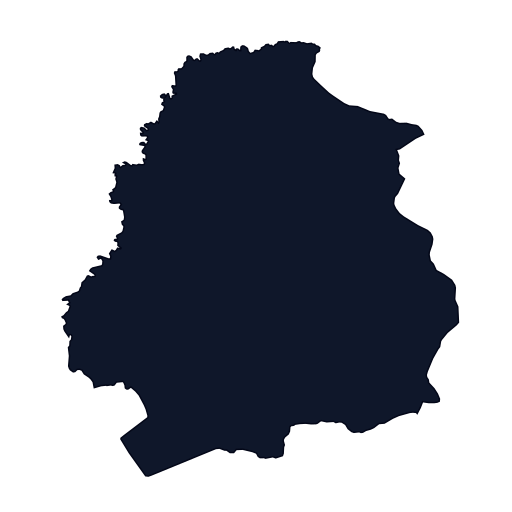 the district of Gemena, Équateur, Democratic Republic of the Congo, rotated 356°
{"feature_id": "63176286B43464771754704", "entity_name": "Gemena", "entity_type": "district", "adm_level": 2, "iso_a3": "COD", "parent_name": "Democratic Republic of the Congo", "parent_adm1": "Équateur", "projection": "mercator", "projection_center": [19.592, 3.435], "detail": "fine", "context": "isolated", "style": "filled", "palette": "ink", "viewbox_px": 512, "rotation_deg": 356, "n_neighbors": 0, "source": "geoboundaries", "source_scale": "gbopen_adm2", "svg_char_len": 5971}
<svg xmlns="http://www.w3.org/2000/svg" viewBox="0 0 512 512"><g transform="rotate(356 256 256)"><path d="M171.2,105.6L170.4,106.7L169.7,110.3L168.6,112.5L168.7,115.2L167.9,116.5L166.5,114.6L164.6,116.9L163.5,117.3L160.5,115.4L157.8,116.8L156.1,116.4L154.1,117.3L153.9,118.1L154.3,118.8L157.2,121.1L157.5,122.0L156.9,123.1L155.5,123.3L153.3,120.7L150.5,119.9L149.7,120.6L149.7,121.9L152.2,124.9L151.8,125.9L149.5,125.6L149.5,127.2L150.5,128.2L155.2,128.4L156.3,129.4L155.9,130.8L154.5,132.4L156.6,133.3L156.7,134.1L154.7,137.0L153.4,136.9L152.0,135.0L150.1,134.9L148.6,135.4L147.9,136.3L148.1,136.8L152.1,137.8L152.9,138.4L153.0,139.5L150.1,143.0L149.8,144.2L150.6,145.5L152.9,146.6L153.4,147.8L153.2,151.5L152.2,152.1L150.5,151.3L150.4,152.7L151.4,155.4L150.8,156.9L148.6,157.1L145.4,156.4L143.4,157.2L139.4,156.3L138.5,157.5L137.2,157.2L133.2,153.7L131.6,153.1L130.4,153.6L132.7,155.0L132.8,155.7L132.0,156.5L129.4,156.7L127.2,158.3L126.5,158.0L125.9,156.4L124.3,155.4L121.8,155.6L121.8,158.7L119.6,162.9L121.7,163.4L121.9,164.0L121.1,165.2L121.2,166.2L122.4,166.2L122.6,166.8L121.7,169.4L122.5,172.7L120.8,178.0L117.9,180.0L118.6,181.3L118.1,182.0L115.6,182.8L114.1,183.9L115.4,186.4L116.2,189.5L116.0,190.7L114.0,190.6L114.1,191.6L115.3,192.9L118.0,193.5L123.9,193.4L125.2,195.2L123.2,197.7L123.2,198.8L124.8,200.1L126.5,200.3L127.2,201.9L127.8,208.0L127.3,210.5L126.7,211.4L124.6,212.5L125.0,215.1L126.3,216.6L126.4,217.9L125.1,222.2L123.6,223.7L118.9,225.7L118.3,226.6L119.2,228.8L118.9,229.6L116.3,229.8L115.9,230.4L116.7,231.3L118.5,231.7L119.4,232.9L119.0,235.8L122.0,238.7L121.5,239.4L118.5,238.6L117.2,240.5L115.5,241.7L112.7,240.1L110.2,243.4L111.2,246.1L110.7,248.8L108.7,248.7L100.5,245.2L98.6,245.3L97.7,246.2L98.7,248.1L101.5,247.1L103.1,250.2L102.6,253.5L101.7,255.0L92.1,256.6L90.3,257.7L89.2,259.2L93.8,262.9L94.3,264.2L94.0,265.2L91.2,265.2L90.3,265.8L87.5,264.1L86.4,264.3L84.0,268.0L80.7,270.5L79.8,274.5L78.6,275.7L77.4,278.7L75.6,279.7L70.9,280.9L68.5,283.0L63.8,283.5L61.0,284.9L59.9,285.9L60.2,286.7L65.8,286.8L67.0,289.7L64.7,291.1L66.7,292.2L67.2,293.3L65.0,298.2L63.0,299.4L60.2,302.3L58.3,303.1L58.6,304.0L60.1,304.7L61.1,306.1L62.3,309.5L61.8,311.0L59.4,312.6L59.4,315.4L60.1,317.4L63.6,323.4L64.3,321.3L66.3,321.7L66.9,323.5L66.1,326.8L64.6,328.2L64.1,332.6L62.6,334.2L63.0,342.6L61.5,352.7L62.0,354.9L62.9,356.6L65.6,358.8L67.3,358.6L69.5,356.7L71.9,356.6L74.4,357.7L76.5,361.6L80.9,365.0L82.8,367.0L84.8,370.2L85.5,376.0L92.3,374.5L97.7,374.3L98.2,374.7L102.2,374.4L104.0,375.0L105.5,374.7L107.9,372.0L114.5,371.8L115.4,372.8L116.4,375.7L116.5,378.5L117.7,379.6L119.0,379.7L122.1,377.9L126.6,382.3L129.8,386.6L134.3,396.7L135.8,401.0L137.2,407.7L136.9,409.7L112.3,425.8L108.7,428.3L108.5,429.2L115.9,443.5L130.6,467.5L133.2,468.0L136.1,467.2L202.5,445.2L206.2,445.1L211.2,447.4L213.1,447.5L216.4,450.2L220.0,450.5L222.8,447.6L229.3,447.8L238.9,450.8L242.8,452.7L244.3,456.1L246.0,457.4L250.0,457.6L251.4,458.3L258.8,457.4L261.6,458.7L268.4,457.0L269.3,454.9L270.1,448.5L271.0,446.5L270.2,442.3L270.6,440.5L272.0,438.5L275.7,435.8L277.1,433.2L277.8,428.8L278.9,427.7L281.9,427.4L283.1,426.5L288.1,426.1L293.8,426.2L299.4,427.2L304.1,427.4L305.6,427.0L308.6,425.0L309.9,424.8L315.0,426.3L321.9,426.3L324.0,427.7L327.4,427.2L330.1,427.6L333.7,430.3L335.9,434.7L339.3,437.8L341.4,438.7L345.4,438.5L347.1,438.6L348.4,439.3L350.2,439.2L353.4,437.6L358.2,436.6L361.5,435.3L366.9,431.7L372.4,431.6L381.0,427.3L387.3,425.0L398.5,422.7L401.6,422.6L405.1,423.2L405.8,424.3L409.2,418.8L412.0,412.9L418.1,414.2L423.3,414.6L426.5,414.4L428.6,413.7L429.0,411.4L427.3,406.3L424.3,400.8L419.4,394.7L419.1,391.4L417.7,388.9L417.5,386.5L418.7,383.1L425.1,370.3L430.9,361.5L432.8,359.3L434.1,353.9L435.1,352.3L441.4,345.6L451.0,338.6L453.3,336.3L453.7,320.7L451.3,314.1L451.2,312.5L452.6,301.7L452.2,299.1L449.4,293.8L441.9,287.6L434.7,283.0L432.3,276.5L429.5,273.0L428.7,267.0L429.1,264.3L432.3,256.6L433.4,251.5L433.1,249.1L431.4,245.2L428.8,242.5L419.5,237.1L405.8,227.3L401.9,223.7L398.6,218.7L397.1,214.9L396.9,213.0L398.0,207.6L398.7,206.3L401.5,203.5L409.5,189.4L404.3,184.3L403.6,178.1L405.4,173.5L404.6,170.5L405.3,166.1L403.3,159.5L406.7,159.1L423.3,149.6L431.7,146.3L430.2,142.4L426.7,137.9L424.8,136.9L420.5,136.0L415.3,134.2L408.4,133.9L404.9,132.5L401.1,129.1L398.5,129.3L397.1,128.5L395.1,124.9L393.2,123.6L379.6,120.0L367.7,114.1L359.4,112.9L354.4,110.2L343.5,101.7L339.8,98.6L331.6,89.9L326.1,83.8L324.7,81.5L324.2,78.4L325.3,72.1L328.4,66.2L329.0,59.4L330.4,57.6L333.2,56.3L333.7,55.2L333.6,53.9L334.3,52.9L332.6,51.2L330.2,50.4L329.2,48.9L327.3,48.7L326.1,47.7L321.6,48.0L318.3,46.6L316.1,46.7L314.4,45.4L313.0,45.4L311.1,46.2L305.5,45.6L304.7,46.3L303.7,46.1L302.2,44.2L300.6,44.0L299.9,44.7L298.3,44.0L293.3,44.0L291.9,45.9L290.0,46.5L288.6,48.1L287.4,48.3L286.2,47.0L284.2,47.2L283.1,45.7L280.7,45.9L279.1,47.5L276.0,48.7L275.7,50.1L273.1,51.8L272.2,51.3L269.5,50.8L267.9,52.9L264.2,53.7L262.5,51.4L262.0,48.7L261.4,47.8L258.6,45.7L257.0,45.5L255.6,46.5L255.1,50.1L254.2,50.1L252.3,48.3L251.2,48.2L250.6,48.6L250.6,49.6L250.1,49.6L248.6,48.3L248.2,46.1L247.3,46.0L245.9,47.2L244.4,47.7L242.8,46.8L239.6,47.2L238.0,48.8L234.7,50.0L233.4,51.4L231.8,50.6L230.3,50.9L229.2,52.2L228.2,52.2L226.9,50.8L224.3,50.9L222.4,52.3L220.2,52.4L217.6,50.8L214.8,50.7L214.1,52.8L214.9,56.3L214.2,57.7L213.1,57.5L211.1,55.3L210.1,55.4L208.5,56.7L207.3,56.4L205.1,52.8L203.1,51.8L201.7,52.1L201.0,53.0L200.8,56.4L200.1,57.3L198.7,57.9L197.7,59.3L197.4,61.8L194.8,64.2L192.0,64.0L191.5,64.6L191.2,66.4L189.8,66.9L188.0,66.7L187.5,67.8L188.4,70.6L188.3,80.0L187.6,81.0L184.4,80.3L183.9,81.3L185.4,84.1L184.6,86.8L184.9,87.7L187.9,88.1L187.9,89.0L183.6,90.7L183.4,92.7L182.3,93.4L181.1,92.9L179.9,88.0L179.0,88.1L177.0,90.9L176.4,88.6L175.8,88.1L173.8,88.4L172.0,89.8L172.1,90.9L173.4,91.8L175.4,91.9L174.9,94.0L175.4,95.7L173.3,96.7L172.7,98.1L175.0,100.0L175.2,101.1L173.7,104.6L171.2,105.6Z" fill="#0f172a" stroke="#020617" stroke-width="1.5"/></g></svg>